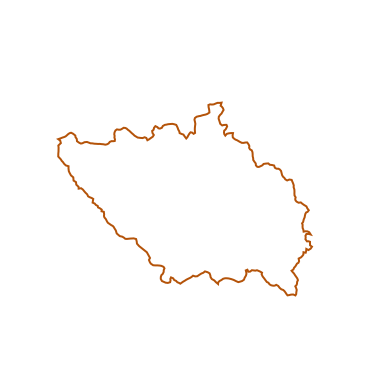 Mutum, Minas Gerais, Brazil, rotated 121°
{"feature_id": "56859067B47426094503718", "entity_name": "Mutum", "entity_type": "district", "adm_level": 2, "iso_a3": "BRA", "parent_name": "Brazil", "parent_adm1": "Minas Gerais", "projection": "orthographic", "projection_center": [-41.459, -19.934], "detail": "fine", "context": "isolated", "style": "outline", "palette": "amber", "viewbox_px": 384, "rotation_deg": 121, "n_neighbors": 0, "source": "geoboundaries", "source_scale": "gbopen_adm2", "svg_char_len": 5442}
<svg xmlns="http://www.w3.org/2000/svg" viewBox="0 0 384 384"><g transform="rotate(121 192 192)"><path d="M227.4,50.1L225.9,50.1L224.3,50.9L222.0,51.8L220.7,53.3L219.6,54.9L218.2,54.5L216.7,54.7L214.9,55.6L213.0,55.8L211.8,57.3L211.0,59.1L210.3,60.7L209.3,62.7L208.8,64.5L208.2,66.1L206.2,65.2L204.3,65.5L202.6,65.1L200.9,65.1L199.3,65.1L197.8,64.3L196.1,64.6L194.1,66.3L191.9,64.9L189.7,64.4L188.3,64.3L186.2,65.4L185.5,63.3L183.9,63.7L181.9,64.7L181.8,62.3L179.4,61.1L177.1,61.0L176.9,63.3L175.4,64.3L173.9,65.2L174.2,66.7L175.1,68.0L174.1,70.4L172.3,71.2L171.1,72.2L169.1,72.3L167.8,70.4L167.3,68.4L166.1,70.8L166.3,72.7L167.2,74.5L168.5,75.9L166.9,77.2L166.0,78.5L164.6,79.5L163.1,80.3L162.2,81.5L160.5,81.3L158.0,82.1L155.7,82.4L153.9,83.1L152.2,83.6L150.7,83.6L149.5,82.7L147.5,82.5L146.7,84.6L145.4,86.5L145.4,89.5L145.2,91.7L144.9,93.4L146.3,95.1L146.4,97.4L145.9,98.9L144.9,99.9L143.2,100.4L142.2,102.3L140.6,103.4L139.0,104.3L137.2,105.5L135.5,107.4L133.9,108.2L132.6,109.7L131.6,111.1L130.3,112.8L131.2,115.0L133.1,116.4L133.1,118.5L132.3,120.2L132.0,121.9L131.1,123.5L129.5,125.1L128.1,126.5L127.5,128.3L127.5,129.8L128.5,131.6L128.5,133.5L127.0,135.2L127.6,137.2L128.6,139.4L128.2,141.3L129.6,143.3L131.1,145.1L132.8,145.4L134.4,146.4L136.1,147.6L136.8,149.0L136.3,150.9L134.7,152.1L133.9,154.1L133.0,156.0L131.5,157.0L130.1,158.4L128.2,159.6L126.7,160.7L125.5,162.3L125.6,164.2L124.7,165.8L123.1,166.5L122.1,167.9L121.1,170.2L122.2,171.9L123.3,173.0L124.2,174.6L124.4,177.0L124.4,179.9L124.7,181.8L124.6,183.3L124.2,185.1L122.5,186.4L120.4,187.2L121.4,188.9L122.7,190.6L124.2,192.1L126.5,192.5L125.7,194.2L124.4,195.3L122.8,196.0L121.0,195.4L119.3,195.5L117.6,195.7L116.7,197.0L118.0,199.1L119.4,200.4L119.0,202.9L117.1,205.0L115.5,206.9L113.6,207.8L111.3,207.6L109.6,207.1L107.4,207.2L105.4,207.2L104.3,208.5L103.5,210.4L103.3,211.9L101.7,212.3L100.2,212.7L101.4,214.2L102.4,216.0L103.9,217.2L105.7,218.5L106.8,220.0L107.6,221.7L109.0,222.7L110.8,221.4L112.7,219.6L114.9,218.0L117.1,219.0L118.6,220.2L119.9,221.6L121.1,222.8L122.4,223.9L123.5,225.2L125.1,226.8L127.1,227.6L128.8,227.1L130.3,225.6L131.9,224.2L134.0,223.3L135.7,222.5L137.1,221.7L138.4,220.8L139.8,219.8L141.3,220.6L141.0,222.4L141.6,224.0L143.3,224.3L145.6,224.3L147.6,224.2L149.1,224.5L148.1,227.0L147.2,228.9L147.6,230.8L147.9,232.9L146.6,234.1L145.6,235.9L144.4,237.3L143.5,238.6L142.6,240.1L143.1,242.2L143.7,243.9L145.1,245.9L146.3,247.5L147.4,248.6L148.5,249.9L150.5,251.0L152.5,250.9L154.2,252.2L154.7,253.6L154.2,255.0L154.4,257.3L156.5,257.6L158.4,257.0L160.2,257.6L161.8,256.2L162.8,254.1L164.8,254.1L167.0,255.1L169.1,256.0L170.6,256.9L169.2,259.0L169.5,260.8L171.2,262.1L172.2,264.1L173.3,266.6L173.3,268.6L173.3,270.3L172.9,271.9L172.6,273.8L172.2,275.6L171.8,277.4L171.7,278.9L171.3,280.8L171.5,282.3L172.2,283.7L173.7,284.4L175.4,285.4L176.3,286.8L177.0,288.6L178.7,289.3L180.8,289.1L182.5,288.4L183.8,287.2L185.2,286.6L186.6,285.1L188.1,284.5L189.1,285.8L189.8,287.1L191.4,288.3L193.4,288.5L195.0,289.5L196.1,290.7L196.7,292.5L197.5,294.1L198.3,295.9L199.1,297.1L199.8,298.5L200.9,300.6L201.7,302.6L202.5,304.0L202.8,305.7L203.2,307.8L204.7,309.8L206.6,311.0L207.7,312.2L207.9,314.0L207.7,316.7L205.8,318.2L205.0,320.1L203.7,321.1L203.5,322.6L203.3,324.3L203.5,326.2L204.6,327.2L206.0,327.9L207.7,328.4L209.5,329.0L211.0,330.1L212.1,331.1L213.7,332.3L215.6,333.9L215.8,331.5L217.6,329.6L221.0,330.5L222.7,329.2L226.2,327.2L227.9,326.4L230.5,324.9L231.6,321.2L232.4,319.7L232.8,318.1L233.7,316.1L234.2,313.8L233.5,311.1L235.4,310.0L237.5,308.4L238.5,307.0L240.1,304.3L240.6,301.3L243.2,299.4L243.3,296.5L245.3,295.0L246.0,291.9L247.5,290.9L245.9,289.0L246.1,286.8L246.9,284.7L247.5,282.8L248.0,280.6L249.2,278.9L249.2,277.2L248.8,274.8L248.8,273.1L252.3,271.7L252.0,269.4L252.6,267.8L252.5,265.6L253.6,264.6L253.4,262.6L253.6,260.3L255.1,259.6L254.4,257.4L256.4,255.8L257.9,255.1L258.9,254.0L259.6,251.9L261.0,249.7L261.7,248.3L262.0,244.1L261.9,242.5L262.3,241.1L263.1,239.7L264.2,237.5L266.3,235.2L266.7,233.0L267.0,231.2L266.2,228.7L266.2,226.8L266.5,225.1L265.8,223.7L263.7,220.9L261.8,218.1L261.1,215.7L262.9,213.9L264.6,212.6L265.6,209.5L266.9,199.7L270.2,194.0L272.4,193.9L273.7,192.2L274.6,190.5L274.8,187.6L273.8,185.6L272.7,183.8L271.8,182.0L271.1,180.3L270.8,177.9L271.6,176.3L273.5,176.0L275.2,175.1L277.3,174.9L279.0,175.4L280.8,175.0L282.6,174.0L283.8,171.9L283.6,170.3L283.3,167.9L282.4,165.9L280.6,164.3L279.0,164.8L277.7,165.8L276.0,166.0L275.7,163.6L276.6,162.0L276.4,159.8L276.9,158.1L276.6,156.3L276.6,154.8L275.2,154.2L273.4,153.4L271.8,152.5L270.1,151.7L268.2,150.5L266.4,149.3L265.0,148.6L263.2,148.0L262.7,145.8L261.5,144.1L259.1,143.0L257.1,142.0L255.4,140.7L253.4,140.0L252.7,137.3L252.7,135.0L254.1,133.3L255.4,132.2L256.4,130.2L256.3,127.4L257.0,124.9L257.4,122.3L256.1,123.0L254.2,122.6L252.4,121.5L250.3,120.6L248.8,119.1L248.1,117.9L247.2,116.0L246.4,113.4L245.9,111.0L245.7,108.1L245.4,105.9L244.3,104.8L242.5,103.2L240.4,102.3L238.4,102.7L235.9,102.7L234.1,103.2L232.8,104.2L231.5,105.5L230.1,104.5L231.3,102.6L230.3,101.2L228.2,100.4L227.4,98.6L226.8,97.2L225.6,96.0L225.3,94.1L225.1,92.3L225.1,90.4L226.6,90.0L228.0,88.0L228.9,85.6L229.8,83.5L230.6,81.5L230.4,79.8L231.2,78.0L231.2,76.1L230.5,74.1L229.6,72.8L228.2,72.0L228.1,69.7L229.0,67.6L229.4,65.4L229.0,63.4L229.3,61.8L230.0,60.1L230.8,58.5L231.4,56.9L230.4,55.7L228.9,54.2L227.7,52.4L227.4,50.1Z" fill="none" stroke="#b45309" stroke-width="2"/></g></svg>